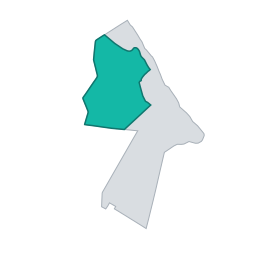 Jordan, with Ma`an highlighted, rotated 137°
{"feature_id": "JOR-853", "entity_name": "Ma`an", "entity_type": "Province", "adm_level": 1, "iso_a3": "JOR", "parent_name": "Jordan", "parent_adm1": "", "projection": "natural_earth1", "projection_center": [36.363, 30.219], "detail": "fine", "context": "in_parent", "style": "filled", "palette": "teal", "viewbox_px": 256, "rotation_deg": 137, "n_neighbors": 0, "source": "natural_earth", "source_scale": "10m", "svg_char_len": 2339}
<svg xmlns="http://www.w3.org/2000/svg" viewBox="0 0 256 256"><g transform="rotate(137 128 128)"><path d="M83.5,68.2L87.1,69.1L89.2,71.0L92.6,76.5L98.0,78.1L100.1,79.6L103.1,82.5L106.7,83.6L118.0,85.4L127.1,79.3L134.7,74.2L143.4,68.3L149.3,64.3L159.4,57.6L166.0,53.3L174.7,47.6L183.3,42.1L185.7,51.2L188.1,60.0L190.6,69.2L193.1,78.2L190.5,79.0L192.6,85.9L195.9,84.8L199.5,84.0L201.0,88.4L196.1,93.3L191.2,98.1L190.0,98.6L183.5,100.6L170.3,104.7L161.5,107.4L150.2,110.9L140.8,113.8L131.4,116.7L122.8,119.3L127.7,124.9L135.3,133.5L140.3,139.2L146.3,146.6L151.6,153.1L157.3,160.1L153.4,162.4L146.9,166.3L146.2,167.0L145.6,167.8L143.0,174.7L140.9,180.2L140.1,180.8L131.0,182.8L121.8,184.9L116.0,186.1L114.3,187.6L110.5,194.4L106.6,201.4L100.1,207.1L92.8,213.5L91.0,213.9L85.8,212.9L76.8,211.3L68.1,209.7L62.2,208.6L55.0,207.2L56.1,201.8L55.8,198.9L57.5,189.4L58.5,184.9L59.0,181.5L61.5,174.8L61.3,172.6L61.8,164.8L61.6,163.3L62.7,159.1L64.8,153.0L66.9,147.7L67.7,145.3L69.8,140.3L71.7,134.1L70.7,130.7L70.4,130.1L71.2,126.2L72.1,119.8L72.6,116.4L73.8,111.9L75.8,108.1L74.9,99.1L75.0,94.2L76.3,88.7L75.6,82.2L76.2,73.0L76.3,72.1L77.0,71.0L77.6,70.4L81.7,68.5L83.5,68.2Z" fill="#d9dde1" stroke="#a8b0b8" stroke-width="1"/><path d="M131.7,129.4L136.0,134.3L140.4,139.2L140.5,139.4L140.6,139.5L140.8,139.8L144.5,144.3L148.2,148.9L151.9,153.5L155.7,158.0L157.3,160.1L157.1,160.3L154.6,161.8L150.5,164.2L146.9,166.3L146.1,167.0L145.7,167.8L144.7,170.3L143.5,173.4L142.4,176.3L140.9,180.2L140.2,180.9L136.2,181.7L131.7,182.7L126.9,183.8L122.0,184.9L119.0,185.5L116.1,186.2L115.1,186.7L114.3,187.6L112.5,190.9L110.9,193.7L108.8,197.5L106.6,201.4L104.0,203.7L100.1,207.2L96.5,210.3L92.8,213.5L92.0,213.9L91.0,213.9L87.5,213.3L83.6,212.6L81.7,212.2L81.6,211.9L80.0,198.8L77.8,189.4L76.0,185.1L75.5,184.3L74.9,183.6L74.3,183.0L73.6,182.6L73.0,182.4L72.0,182.2L71.1,182.2L70.7,182.3L70.2,182.4L69.7,182.5L69.2,182.5L68.6,182.3L68.2,182.0L67.8,181.6L67.4,181.2L67.2,180.7L67.0,180.3L66.9,179.5L66.9,178.4L67.3,176.4L69.3,172.3L69.6,171.1L69.5,166.5L71.0,161.4L71.7,158.2L71.9,155.6L73.3,155.6L74.7,155.8L78.0,155.7L79.2,155.8L82.3,155.4L84.7,154.8L85.2,154.5L85.5,154.1L85.9,153.8L86.3,153.7L86.6,153.8L87.6,154.1L88.8,153.7L91.3,149.1L95.3,141.4L97.0,135.6L96.2,133.3L95.7,129.3L131.7,129.4Z" fill="#14b8a6" stroke="#0f766e" stroke-width="1.5"/></g></svg>